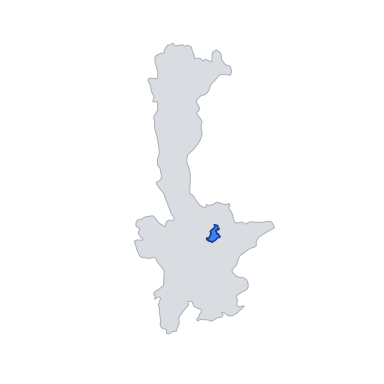 Vangvieng, Vientiane, Laos (highlighted), rotated 216°
{"feature_id": "54806243B551923777603", "entity_name": "Vangvieng", "entity_type": "district", "adm_level": 2, "iso_a3": "LAO", "parent_name": "Laos", "parent_adm1": "Vientiane", "projection": "albers", "projection_center": [102.424, 18.922], "detail": "fine", "context": "in_parent", "style": "filled", "palette": "blue", "viewbox_px": 384, "rotation_deg": 216, "n_neighbors": 0, "source": "geoboundaries", "source_scale": "gbopen_adm2", "svg_char_len": 6494}
<svg xmlns="http://www.w3.org/2000/svg" viewBox="0 0 384 384"><g transform="rotate(216 192 192)"><path d="M139.9,66.2L141.5,69.1L148.8,76.9L150.0,79.0L152.7,80.6L154.9,87.5L155.9,87.9L157.1,87.5L158.0,86.5L158.8,83.8L159.3,83.5L160.1,85.7L162.1,86.4L163.1,87.3L163.3,89.0L163.0,90.7L161.3,94.7L160.3,99.9L167.5,111.2L170.5,112.8L177.7,114.6L182.6,117.1L184.8,116.4L187.0,113.6L189.6,112.0L194.4,109.6L195.8,109.4L198.4,110.4L202.8,113.1L209.5,118.3L209.3,119.7L208.1,121.1L204.6,123.3L203.5,124.6L204.2,125.1L207.1,125.4L210.6,126.6L211.7,127.9L212.3,131.1L213.0,131.7L216.2,131.3L217.2,131.7L218.4,132.7L219.6,135.3L219.6,137.3L216.4,140.8L216.0,142.8L214.4,145.3L210.0,149.5L208.8,149.8L200.6,147.6L194.1,147.9L193.6,148.8L194.7,151.3L195.1,153.8L194.1,155.7L190.3,158.1L190.2,159.2L191.0,160.3L196.5,162.5L214.0,174.2L222.0,176.3L225.5,177.8L226.4,178.6L226.4,179.6L225.5,181.0L224.8,183.3L224.8,184.7L225.6,186.1L227.1,188.1L232.0,192.5L235.6,193.5L239.5,198.6L240.7,203.1L242.6,206.0L251.9,215.6L259.6,221.5L264.3,227.9L266.6,229.3L267.3,231.6L268.0,238.4L270.8,241.8L271.4,243.2L272.5,244.1L273.8,244.3L276.5,242.0L277.0,242.3L278.3,245.9L279.5,247.2L283.6,249.3L288.0,253.5L290.3,255.0L293.3,256.2L293.7,257.6L293.2,259.0L292.3,259.9L287.4,262.6L286.7,263.7L290.2,269.1L298.7,275.8L301.5,279.8L301.0,281.8L298.8,285.9L297.1,287.0L296.6,288.3L298.0,291.5L298.0,296.6L296.5,297.8L295.1,301.0L294.1,301.2L291.5,300.2L286.2,305.6L283.9,305.4L281.2,308.5L277.8,308.9L275.3,306.8L270.1,303.4L268.2,301.2L266.6,303.1L264.0,305.0L260.1,304.4L259.2,307.1L258.4,307.6L253.8,308.2L253.0,308.6L253.8,311.0L256.6,315.1L257.4,317.4L255.8,321.3L251.0,321.3L248.8,319.8L246.1,316.6L239.9,314.5L235.8,316.1L234.6,316.0L231.4,313.3L230.3,311.6L229.5,308.9L234.2,306.7L236.5,305.0L238.0,303.2L238.7,301.4L239.3,293.8L239.9,291.0L239.5,287.8L238.2,285.2L238.1,281.3L238.7,278.1L240.5,276.5L241.6,274.2L242.3,269.1L241.7,267.8L239.9,266.6L237.0,265.4L235.1,264.0L234.3,262.2L234.4,260.6L235.3,259.2L233.0,257.7L227.7,256.1L224.7,254.1L224.0,251.8L221.8,248.7L217.9,245.0L215.9,239.5L215.6,232.3L215.9,226.5L217.5,219.7L215.2,214.8L212.8,212.3L209.4,210.4L206.1,207.7L203.0,204.2L199.3,199.0L195.0,192.2L192.1,189.1L190.7,189.8L187.6,189.2L182.9,187.2L178.8,186.2L175.4,186.0L173.1,186.5L172.0,187.6L172.0,188.6L172.9,189.6L172.4,190.4L170.6,191.0L169.1,192.2L167.5,194.7L166.3,198.0L164.6,199.3L161.9,199.6L159.3,200.6L156.7,202.2L155.5,203.4L155.6,204.3L155.1,204.5L153.8,204.0L153.2,202.9L153.3,201.2L151.9,200.0L149.2,199.4L146.1,197.6L140.3,192.8L138.9,192.5L137.0,193.8L134.5,196.5L132.4,197.5L130.8,197.0L129.5,197.9L128.6,200.3L127.0,202.3L119.0,207.4L111.9,214.0L110.1,214.6L105.8,212.7L104.4,211.4L110.4,197.8L111.3,194.5L111.2,190.1L108.7,186.5L108.6,185.4L109.0,184.3L112.1,180.1L115.6,169.2L115.4,165.8L113.9,162.1L113.1,158.6L113.8,153.8L113.6,151.9L112.0,150.9L106.6,149.9L103.5,150.7L102.0,152.0L100.2,152.8L96.8,153.2L93.6,151.6L91.0,148.8L90.4,145.4L93.8,138.1L94.7,135.3L94.6,134.0L94.0,132.6L93.2,132.4L91.5,130.7L89.9,127.7L88.4,126.3L86.9,126.5L85.5,127.6L83.2,130.4L82.5,130.1L84.6,120.0L86.5,115.8L88.7,113.8L91.0,113.0L93.5,113.4L95.5,113.0L97.2,112.0L97.0,111.4L95.1,111.2L94.3,110.1L94.8,107.9L95.6,106.6L97.0,105.9L98.3,103.8L99.6,100.1L101.1,98.3L102.9,98.3L105.9,96.7L110.3,93.7L112.0,90.7L113.6,92.1L112.9,95.5L113.8,96.3L114.2,97.5L114.0,99.5L114.3,101.1L115.0,101.9L115.9,102.3L120.5,100.9L123.3,100.8L127.9,103.4L130.6,101.5L130.6,100.8L128.4,98.4L129.1,89.6L128.9,82.9L125.1,78.0L124.4,76.0L124.0,72.7L122.9,70.0L125.6,67.8L127.1,63.7L129.0,62.7L129.6,62.8L131.9,65.9L134.8,64.4L137.0,64.4L138.9,65.2L139.9,66.2Z" fill="#d9dde1" stroke="#a8b0b8" stroke-width="1"/><path d="M154.0,171.6L154.0,171.3L154.1,171.2L154.1,170.9L153.9,170.8L153.7,170.8L153.6,170.7L153.5,170.4L153.1,170.2L153.0,169.9L152.9,169.8L152.8,169.7L152.4,169.8L152.2,169.7L151.9,169.6L151.7,169.4L151.6,169.2L151.6,168.9L151.8,168.8L151.9,168.7L152.0,168.6L152.1,168.3L152.0,168.2L151.9,168.0L151.9,167.8L151.8,167.7L151.7,167.6L151.7,167.4L151.6,167.1L151.4,166.9L151.3,166.7L151.3,166.4L151.5,166.3L151.5,166.2L151.6,165.9L151.5,165.6L151.4,165.5L151.3,165.4L151.2,165.1L151.2,164.9L151.2,164.7L151.3,164.5L151.3,164.3L151.3,164.2L151.7,164.1L151.9,164.2L152.0,164.1L152.3,164.0L152.5,164.0L152.7,163.9L152.8,163.7L152.9,163.3L152.9,163.0L152.7,162.8L152.6,162.6L152.4,162.4L152.0,162.2L151.9,162.2L151.7,162.1L151.5,162.3L151.4,162.4L151.4,162.5L151.2,162.6L150.9,162.6L150.6,162.5L150.5,162.4L150.4,162.3L150.2,162.1L149.8,162.2L149.6,162.1L149.3,162.3L149.2,162.4L149.1,162.5L148.9,162.5L148.7,162.6L148.7,162.8L148.4,162.9L148.3,163.0L148.2,163.0L148.0,163.3L147.9,163.5L147.9,163.4L147.7,163.4L147.6,163.2L147.3,163.2L146.9,163.0L146.7,163.0L146.3,163.1L146.0,163.2L145.9,163.5L145.9,163.8L145.9,164.2L145.9,164.8L145.8,165.0L145.7,165.2L145.4,165.4L145.2,165.5L145.0,165.9L145.0,166.1L144.9,166.5L144.8,167.0L144.7,167.3L144.6,167.6L144.5,167.9L144.5,168.1L144.6,168.7L144.7,168.9L144.7,169.1L144.6,169.3L144.6,169.5L144.5,169.8L144.3,170.1L144.2,170.2L144.0,170.4L143.5,170.9L143.2,171.3L142.9,171.5L143.0,171.7L143.1,171.8L143.2,172.0L143.3,172.0L143.2,172.2L143.2,172.3L143.3,172.3L143.4,172.5L143.6,172.7L143.8,172.6L144.0,172.7L144.3,172.8L144.5,172.8L144.8,172.8L145.0,172.9L145.3,172.8L145.5,172.9L145.5,173.0L145.8,173.0L146.0,173.2L146.3,173.2L146.5,173.1L146.4,173.2L146.5,173.2L146.5,173.3L146.5,173.2L146.5,173.3L146.6,173.2L146.7,173.3L146.8,173.3L146.8,173.2L147.0,173.2L147.3,172.8L147.5,172.8L147.8,173.1L148.0,173.3L148.1,173.6L148.2,173.8L148.3,174.0L148.5,174.2L148.7,174.3L149.0,174.3L149.5,174.2L149.7,174.3L149.9,174.5L150.0,174.7L150.1,174.9L150.0,175.1L150.0,175.3L149.7,175.7L149.1,176.2L148.7,176.9L148.5,177.0L148.4,177.1L148.4,177.3L148.2,177.5L148.5,178.1L148.7,178.4L148.9,178.1L149.1,177.8L149.4,177.7L149.6,177.6L149.9,177.7L150.0,177.7L150.2,178.1L150.5,178.3L150.7,178.7L150.7,178.8L150.9,179.5L151.0,179.8L151.3,179.9L151.7,179.9L152.0,179.8L152.3,179.7L152.8,179.5L153.1,179.4L153.4,179.3L153.5,179.2L154.4,178.8L154.6,178.7L154.3,178.5L153.3,177.3L153.3,177.0L153.2,177.0L152.9,177.0L152.9,176.9L153.0,176.6L153.1,176.4L152.9,176.1L152.9,175.9L152.9,175.7L152.9,175.4L153.0,175.2L153.1,174.9L153.2,174.7L153.5,174.5L153.6,174.4L153.7,174.0L153.8,173.7L153.7,173.4L153.7,173.2L153.8,173.0L153.8,172.8L153.8,172.7L153.7,172.5L153.6,172.4L153.7,172.2L153.8,172.0L154.0,171.9L154.0,171.7L154.0,171.6Z" fill="#3b82f6" stroke="#1e3a8a" stroke-width="1.5"/></g></svg>